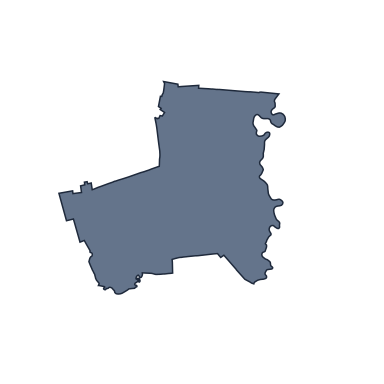 Odobesti, Dâmbovita, Romania, rotated 214°
{"feature_id": "2599482B6181888881552", "entity_name": "Odobesti", "entity_type": "district", "adm_level": 2, "iso_a3": "ROU", "parent_name": "Romania", "parent_adm1": "Dâmbovita", "projection": "orthographic", "projection_center": [25.536, 44.599], "detail": "fine", "context": "isolated", "style": "filled", "palette": "slate", "viewbox_px": 384, "rotation_deg": 214, "n_neighbors": 0, "source": "geoboundaries", "source_scale": "gbopen_adm2", "svg_char_len": 5950}
<svg xmlns="http://www.w3.org/2000/svg" viewBox="0 0 384 384"><g transform="rotate(214 192 192)"><path d="M174.8,321.9L190.7,313.4L191.7,312.6L191.9,312.1L192.2,311.8L195.3,310.1L199.6,307.7L200.8,306.9L203.8,305.1L225.4,293.0L226.5,292.4L229.1,290.7L232.3,289.0L233.7,288.1L235.9,286.9L244.6,281.7L246.0,284.2L259.8,273.5L262.0,271.7L262.3,271.5L264.0,273.5L268.8,271.4L277.3,267.7L275.4,266.6L272.5,260.9L271.2,258.0L271.1,256.0L270.5,254.3L271.7,253.7L267.6,244.1L264.4,244.1L264.5,242.6L259.2,242.6L259.1,238.4L261.2,237.5L260.7,234.5L260.7,234.4L262.7,233.3L262.6,233.2L264.0,233.2L264.2,232.7L259.7,228.3L256.9,225.3L246.8,213.7L241.6,207.9L239.3,204.8L238.2,203.0L237.3,201.1L234.2,196.2L233.5,195.0L234.6,193.6L238.4,188.5L240.0,186.1L241.7,183.9L243.1,182.0L245.4,179.3L250.8,172.0L252.8,169.3L253.8,168.0L257.1,163.8L259.5,160.9L261.2,158.6L261.9,157.8L262.2,157.6L262.8,156.6L263.0,156.3L263.2,155.9L263.8,155.1L266.0,152.2L271.1,145.1L272.2,143.7L275.1,139.3L276.0,138.1L280.6,143.1L282.6,140.9L283.1,140.5L284.7,141.9L286.7,140.0L284.9,138.0L287.8,134.8L283.3,129.8L289.8,124.1L291.6,126.2L301.6,116.5L280.0,98.0L275.2,103.3L256.8,87.8L254.2,91.6L250.7,89.8L243.8,86.4L243.4,85.9L243.2,85.4L242.9,85.1L242.5,85.0L242.3,85.1L241.8,85.3L241.1,85.4L240.8,85.3L240.3,85.1L240.0,84.8L239.7,84.4L239.4,83.8L239.3,83.6L239.2,83.0L239.2,82.5L239.5,82.0L239.7,81.6L239.7,80.7L239.6,79.8L239.2,78.6L238.5,76.6L235.6,74.6L230.4,71.3L229.6,71.0L228.1,70.0L227.5,69.8L226.5,69.2L225.9,68.6L224.3,67.2L223.6,66.5L221.8,65.5L218.1,64.4L217.6,63.9L217.5,62.9L217.3,62.1L216.7,62.5L211.9,64.5L211.3,64.5L211.1,64.2L211.3,63.7L211.4,62.7L211.0,62.2L210.3,62.1L209.7,62.2L209.2,62.5L209.0,63.0L209.0,63.9L208.7,64.4L208.0,64.8L207.7,65.3L207.5,66.3L207.1,66.8L206.6,67.2L205.6,67.5L204.7,67.6L202.5,67.0L201.2,66.8L200.0,65.7L199.3,65.4L198.6,65.3L197.9,65.3L197.0,65.7L196.2,66.1L194.7,67.3L194.1,68.0L193.4,68.9L192.6,70.5L191.6,72.6L190.7,74.6L190.1,76.4L187.8,78.4L185.7,80.1L185.6,81.5L185.4,81.8L184.9,82.3L184.8,82.7L185.0,83.1L185.3,83.4L185.6,83.5L186.0,83.5L186.5,83.3L186.9,83.1L187.4,83.1L187.8,83.3L188.0,83.7L188.1,84.3L188.1,84.8L187.3,86.4L187.2,86.9L187.3,87.5L187.2,87.8L186.7,87.9L186.3,87.8L186.0,87.7L185.6,87.8L185.2,88.0L185.2,88.4L185.2,88.8L185.3,89.1L185.6,89.5L187.3,88.9L187.6,88.9L187.8,89.0L187.9,89.4L187.7,89.6L186.8,90.1L186.6,90.4L186.8,90.6L187.3,90.7L187.9,90.6L188.5,90.3L188.8,90.0L189.0,89.5L189.1,88.8L189.3,88.6L189.5,88.6L189.8,88.8L190.3,89.3L190.7,90.7L190.7,91.2L190.5,92.3L190.1,93.0L189.8,93.0L189.1,92.8L187.8,92.2L187.3,92.2L186.7,92.4L186.4,93.0L186.4,93.8L186.5,94.6L186.8,95.5L187.0,96.0L187.6,96.7L188.0,97.1L187.9,97.2L180.3,101.8L179.2,102.3L177.0,103.0L175.8,103.5L174.7,104.3L172.1,106.2L170.2,107.8L168.9,108.7L165.9,111.3L164.6,112.3L163.2,113.5L162.7,114.0L163.4,114.9L169.0,122.8L170.8,125.0L168.8,127.4L166.2,130.3L165.3,131.1L164.1,132.0L163.6,132.5L162.5,133.5L160.2,135.4L159.9,135.7L153.4,141.1L151.7,142.3L139.3,152.9L136.4,155.2L131.6,153.8L130.2,157.4L112.2,152.6L111.6,152.3L99.4,149.2L93.4,149.8L91.7,149.8L89.4,150.4L89.6,150.9L89.7,152.2L89.3,153.2L88.4,155.2L88.1,155.7L87.3,156.7L86.3,157.8L84.0,159.7L83.0,160.9L82.4,161.9L82.4,162.8L82.9,163.6L83.3,164.0L84.2,164.3L85.1,164.5L85.9,165.3L86.2,165.9L86.3,166.5L86.5,168.8L86.2,169.7L84.8,171.0L83.3,172.3L82.7,172.9L82.6,173.7L82.6,174.1L82.9,174.5L83.5,174.7L85.0,174.9L85.5,175.0L86.0,175.4L86.7,176.3L87.6,177.3L88.6,177.8L91.7,178.0L93.6,177.5L95.2,177.6L96.8,177.7L97.8,178.0L98.4,178.4L99.2,179.2L99.6,180.4L99.7,181.0L99.5,181.6L98.5,183.1L98.3,183.5L98.3,184.0L98.6,184.9L99.3,187.6L99.6,188.3L99.9,188.8L100.4,189.5L100.8,189.8L101.3,189.8L102.0,190.0L102.3,190.2L102.4,190.5L102.5,192.2L102.8,193.3L103.0,193.8L103.3,197.6L102.9,199.5L102.6,200.5L102.7,200.9L103.3,201.7L105.8,202.9L107.0,203.9L107.7,205.3L107.9,206.6L107.7,207.7L107.1,208.8L106.0,209.6L104.8,209.6L103.6,209.4L101.1,209.5L100.1,209.9L99.7,210.3L99.6,211.2L99.7,211.8L100.3,212.6L101.0,213.5L101.7,215.0L102.2,215.5L102.6,215.8L103.2,215.9L103.8,216.1L105.2,216.2L105.8,216.3L107.1,216.7L108.9,217.9L110.7,219.1L112.7,220.9L113.9,222.3L114.5,223.4L114.7,224.7L114.7,225.7L114.2,227.0L113.2,228.2L111.9,229.3L110.9,230.4L110.4,231.1L110.3,231.9L110.2,232.7L110.6,233.8L110.9,234.3L111.4,234.6L112.5,235.0L114.2,235.1L115.4,234.9L116.3,234.3L117.7,232.7L118.9,231.6L120.5,230.7L121.6,230.5L122.5,230.6L126.2,232.3L127.8,233.4L130.9,237.0L132.5,239.1L133.5,240.0L134.8,240.5L136.6,241.0L138.5,241.3L142.3,241.3L143.1,241.3L143.9,241.6L144.4,242.0L144.8,242.6L145.0,243.3L144.6,244.6L144.6,246.4L145.3,250.1L145.5,250.5L146.6,251.3L147.5,251.8L148.2,252.1L150.9,252.8L151.6,253.3L152.2,254.0L152.5,254.4L152.7,255.0L152.8,255.8L152.7,256.8L152.4,258.4L152.3,259.7L152.6,261.1L153.7,262.8L154.5,263.8L156.0,267.7L158.3,271.7L159.9,274.1L160.3,275.5L160.2,276.6L159.6,279.0L159.3,280.0L159.2,281.6L159.7,283.1L160.3,284.0L160.9,284.4L161.8,284.4L162.9,283.8L163.6,283.0L164.1,281.9L164.2,281.1L164.2,280.4L164.2,279.7L164.5,278.9L165.0,278.1L165.4,277.5L167.0,276.1L168.1,275.5L169.3,275.5L170.9,275.9L171.6,276.8L172.1,277.7L172.5,279.1L172.9,279.5L176.3,280.9L177.3,281.2L178.3,281.7L179.4,282.6L180.1,283.4L182.1,287.8L182.4,289.2L182.4,290.2L182.2,291.3L181.9,292.0L181.6,292.4L181.3,292.7L180.2,293.0L179.5,293.0L178.0,292.7L176.7,292.4L175.9,292.3L174.9,292.4L173.6,292.9L170.1,295.3L169.4,295.5L168.2,295.7L167.1,295.3L166.3,294.5L165.3,293.8L164.7,293.6L164.0,293.4L162.1,293.5L160.5,293.4L158.6,293.5L157.2,293.8L155.8,294.6L155.1,295.9L154.4,297.8L154.3,299.5L154.3,301.3L154.5,302.9L154.9,303.8L155.7,305.0L157.1,306.3L158.3,306.9L160.1,307.4L162.3,307.2L163.6,306.5L164.3,305.9L166.5,303.2L167.3,301.8L167.9,301.3L168.7,301.1L170.4,301.8L170.9,302.3L171.4,302.9L171.7,304.0L171.6,305.7L170.8,307.9L170.7,308.5L170.9,309.5L172.9,312.2L174.3,313.1L175.1,314.6L175.1,316.5L174.8,321.9Z" fill="#64748b" stroke="#1e293b" stroke-width="1.5"/></g></svg>